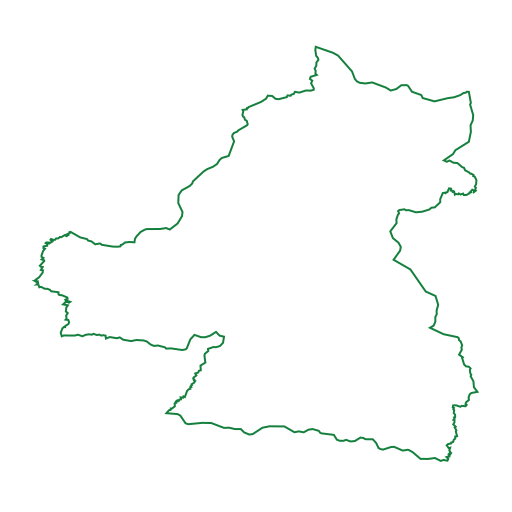 Mansa, Luapula, Zambia (Equal Earth projection), rotated 269°
{"feature_id": "96606910B48291631033153", "entity_name": "Mansa", "entity_type": "district", "adm_level": 2, "iso_a3": "ZMB", "parent_name": "Zambia", "parent_adm1": "Luapula", "projection": "equal_earth", "projection_center": [28.97, -11.124], "detail": "fine", "context": "isolated", "style": "outline", "palette": "green", "viewbox_px": 512, "rotation_deg": 269, "n_neighbors": 0, "source": "geoboundaries", "source_scale": "gbopen_adm2", "svg_char_len": 5978}
<svg xmlns="http://www.w3.org/2000/svg" viewBox="0 0 512 512"><g transform="rotate(269 256 256)"><path d="M204.0,437.3L212.9,434.8L217.5,425.1L239.9,410.1L249.8,393.5L258.9,400.2L262.7,400.9L266.8,398.7L271.5,393.2L278.3,390.7L286.4,397.1L290.1,397.0L294.8,398.6L296.1,399.8L298.5,398.9L299.4,400.1L300.1,405.1L299.1,406.8L299.2,409.6L296.9,416.7L297.4,423.0L299.5,430.2L301.2,432.2L301.5,435.6L306.5,441.1L309.7,441.2L315.7,443.9L316.0,445.9L315.5,446.6L316.2,447.0L316.5,448.5L320.3,450.2L319.9,452.2L318.1,451.9L318.1,452.9L317.0,453.5L317.3,454.4L316.6,454.3L316.6,455.3L313.9,455.9L314.5,456.7L314.2,459.3L315.0,459.9L313.9,461.6L314.8,464.1L313.3,464.8L313.4,467.5L314.9,470.5L315.7,470.5L316.0,472.2L316.8,471.8L318.5,473.4L317.7,474.9L316.1,475.0L317.5,476.9L318.3,476.0L320.2,477.1L321.6,476.0L323.9,477.3L327.9,477.7L331.5,476.1L332.1,474.6L333.2,474.9L334.6,472.7L334.5,471.8L336.1,470.2L338.0,466.6L340.6,465.5L341.3,463.6L345.5,458.9L345.8,455.0L348.1,451.1L346.9,448.4L348.3,445.5L354.5,454.8L358.3,457.2L366.5,470.8L376.4,473.0L383.0,472.8L387.7,475.1L393.2,475.6L403.7,472.7L405.3,473.5L416.4,471.7L416.6,469.7L415.6,468.5L415.3,466.3L413.2,462.8L411.2,456.6L410.5,450.6L407.5,437.2L411.0,425.5L414.1,424.0L417.5,414.8L423.5,411.0L424.2,409.7L424.2,404.3L420.5,399.2L419.1,393.6L422.1,388.9L427.5,375.2L426.6,368.5L427.3,362.9L428.8,360.0L431.2,358.0L438.9,355.2L454.9,341.6L457.8,336.6L464.1,319.4L460.8,318.9L455.0,319.7L453.1,321.3L451.0,321.8L448.5,319.8L445.1,319.6L442.4,317.9L440.1,318.9L437.2,318.6L436.0,319.9L434.2,313.8L432.1,313.0L430.3,315.3L427.7,314.1L422.7,316.7L421.2,316.6L420.4,313.7L420.6,308.8L418.6,302.1L419.5,297.8L417.4,296.6L416.7,294.1L415.6,293.4L416.0,290.3L414.3,289.5L412.4,281.4L412.8,278.3L415.7,275.0L416.1,270.6L413.1,268.8L409.9,263.6L405.0,251.1L404.1,250.5L404.0,249.5L402.8,249.4L402.3,245.2L400.8,245.8L397.1,244.9L395.4,245.7L395.0,246.6L392.5,247.3L391.3,249.1L387.9,250.0L386.9,249.4L382.0,240.6L380.6,239.3L379.4,236.1L377.6,234.6L375.6,234.3L371.0,236.1L356.5,230.4L354.6,223.5L352.5,221.1L348.7,218.7L345.9,214.4L343.8,208.9L341.5,205.2L331.7,194.2L329.7,193.6L327.2,191.0L322.9,182.9L318.4,179.7L310.3,179.2L301.3,183.3L297.1,182.7L289.9,178.2L284.0,170.3L285.5,166.7L284.7,160.7L284.8,147.0L284.2,145.1L282.1,141.1L278.0,137.1L275.4,135.3L271.8,134.7L272.2,129.9L271.8,125.3L269.7,122.5L269.4,121.0L268.0,120.6L267.7,118.1L267.9,113.0L269.9,101.9L271.0,100.8L271.2,99.6L270.5,95.4L273.5,91.7L274.3,88.5L275.9,87.2L277.7,80.5L283.4,70.9L283.1,70.1L282.5,70.5L281.1,67.6L280.3,68.7L279.1,66.9L280.3,65.2L278.2,61.6L278.5,60.3L277.1,58.8L277.0,56.4L275.8,55.5L275.6,54.0L276.6,51.3L275.8,50.8L274.1,52.7L272.0,49.3L272.7,47.8L273.1,48.3L273.2,46.5L272.6,45.9L271.7,47.4L269.9,47.4L269.3,43.7L267.6,43.6L267.0,45.1L264.7,43.2L260.1,41.5L258.8,41.6L257.8,43.4L256.3,41.6L255.4,44.1L254.7,44.2L250.0,39.7L249.0,40.7L248.7,42.5L245.8,40.7L245.4,42.7L243.1,42.4L238.5,38.8L236.1,35.2L235.2,35.5L235.0,34.3L234.3,35.6L234.7,36.1L233.6,36.2L234.2,37.4L232.0,37.7L231.3,36.5L231.3,37.9L228.5,38.8L228.9,40.6L227.0,44.0L226.8,46.9L225.8,49.3L224.3,50.6L223.2,57.9L221.3,57.8L220.4,58.7L220.2,61.2L217.8,66.6L216.5,66.9L215.6,64.6L215.0,64.9L213.4,69.4L212.6,68.1L213.4,66.8L213.3,64.8L211.0,62.3L210.0,67.0L207.7,65.4L203.9,64.9L202.2,66.8L199.7,65.1L196.7,65.5L195.7,64.6L195.3,67.2L193.0,68.0L191.2,67.2L189.3,64.0L188.2,63.9L188.3,62.5L186.9,61.1L182.6,59.4L179.1,60.4L179.9,62.5L179.6,73.4L180.4,76.6L178.8,81.0L180.2,84.5L180.6,87.5L180.2,90.6L181.0,92.1L179.8,95.4L180.1,98.2L179.1,99.8L179.5,102.1L179.0,104.2L176.1,104.5L177.5,108.4L176.2,115.5L177.0,118.3L174.6,121.8L173.1,129.7L174.1,134.9L173.5,142.1L172.5,145.2L169.2,149.3L167.9,152.4L168.2,156.5L166.3,163.3L165.0,164.6L165.1,169.5L163.3,180.6L163.8,183.7L164.7,185.1L173.8,188.9L178.2,193.1L175.8,199.6L175.7,203.9L177.1,208.7L180.8,214.7L177.0,218.2L175.9,222.6L169.8,221.5L166.7,218.5L165.5,214.5L165.7,211.8L164.0,206.4L161.8,206.6L159.2,203.2L157.4,202.7L150.3,203.5L147.4,198.6L142.7,198.8L142.2,196.9L140.5,196.1L139.6,193.2L137.6,194.3L135.5,191.4L134.4,191.1L133.6,192.2L132.7,191.8L132.0,193.0L130.3,191.8L128.8,189.3L127.8,189.6L126.9,188.4L126.1,188.9L125.8,188.0L124.3,188.0L123.9,186.4L122.4,184.8L116.2,182.4L116.9,181.0L115.6,180.6L116.0,178.2L114.0,178.5L113.7,176.8L112.6,176.3L113.0,175.2L112.0,175.0L112.5,173.9L111.3,173.0L110.5,173.5L109.9,172.1L107.1,172.2L104.9,169.2L105.0,168.1L103.7,168.0L103.2,166.2L100.4,163.7L99.3,174.9L97.7,177.6L90.0,182.6L89.0,185.3L90.1,199.3L89.8,208.3L84.7,221.0L84.8,226.1L83.3,232.0L83.2,237.8L79.8,241.1L77.6,246.2L78.0,249.6L84.2,259.5L85.5,266.5L85.1,281.4L79.1,291.4L79.9,295.7L78.9,300.6L81.4,305.4L82.0,309.5L80.1,315.7L78.1,317.1L77.5,318.5L75.8,330.7L70.9,333.7L69.8,336.5L69.7,340.2L70.6,342.9L68.9,347.3L69.3,351.7L72.6,357.2L72.2,360.1L70.9,362.2L70.7,369.6L66.9,372.9L61.8,375.2L60.7,377.5L60.2,379.6L62.6,387.5L62.8,390.7L58.9,399.3L59.6,404.3L59.2,405.7L57.0,409.4L50.3,416.9L50.1,424.7L50.9,431.4L47.9,437.1L48.8,440.0L48.0,443.8L49.8,444.7L51.6,443.0L52.2,445.8L53.5,445.2L53.9,446.6L55.3,447.4L55.4,446.1L56.3,447.0L58.1,445.9L60.9,446.8L60.6,445.3L63.4,443.4L64.6,444.7L65.2,447.9L66.1,448.0L66.7,449.9L68.8,450.5L69.9,452.0L72.0,452.0L72.3,453.9L77.3,452.7L78.2,453.3L81.1,451.7L81.8,452.7L84.2,450.3L86.2,451.5L88.6,451.6L88.8,450.6L90.0,451.6L91.1,451.2L91.4,452.3L93.8,452.3L95.5,451.0L98.4,451.5L99.3,450.6L100.6,451.3L101.3,450.1L103.2,450.5L103.2,453.4L101.7,457.7L102.6,459.1L102.1,462.9L103.4,464.0L104.2,462.9L106.0,463.4L108.4,466.4L111.0,466.1L114.2,467.4L115.3,469.1L116.3,475.0L121.0,471.6L127.0,471.2L132.0,468.5L133.5,469.2L134.7,468.3L138.3,467.8L139.8,468.6L141.6,466.8L142.0,464.0L143.9,462.2L150.5,460.3L151.1,461.0L153.8,457.3L158.8,460.2L160.8,459.7L163.1,460.6L166.8,459.2L168.5,457.5L170.3,457.3L171.3,456.2L174.5,442.3L181.2,428.7L183.4,432.5L187.3,434.2L191.8,434.2L194.6,435.7L198.2,435.6L204.0,437.3Z" fill="none" stroke="#15803d" stroke-width="2"/></g></svg>